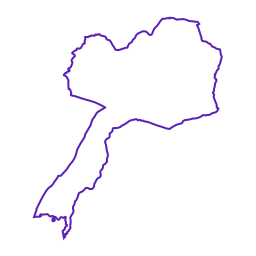 outline of Chivatá, Boyacá, Colombia, rotated 181°
{"feature_id": "7082276B72366635379650", "entity_name": "Chivatá", "entity_type": "district", "adm_level": 2, "iso_a3": "COL", "parent_name": "Colombia", "parent_adm1": "Boyacá", "projection": "albers", "projection_center": [-73.258, 5.58], "detail": "fine", "context": "isolated", "style": "outline", "palette": "violet", "viewbox_px": 256, "rotation_deg": 181, "n_neighbors": 0, "source": "geoboundaries", "source_scale": "gbopen_adm2", "svg_char_len": 5869}
<svg xmlns="http://www.w3.org/2000/svg" viewBox="0 0 256 256"><g transform="rotate(181 128 128)"><path d="M220.4,37.3L219.6,37.4L218.0,37.8L215.3,37.7L214.1,37.9L213.5,38.5L213.8,39.0L214.3,39.3L214.2,39.9L214.0,40.1L213.1,40.1L211.7,39.9L209.7,40.1L208.4,40.4L206.9,40.4L205.4,38.9L204.2,38.3L203.5,38.3L201.9,38.8L201.2,38.5L200.8,37.8L200.9,37.3L201.1,36.8L201.6,36.2L201.9,35.4L202.0,34.3L201.8,33.9L201.5,33.5L201.1,33.4L199.9,34.0L199.5,34.5L199.7,35.2L200.1,36.0L200.0,36.9L200.2,37.7L199.8,37.8L198.7,37.6L197.0,35.6L195.7,35.0L195.0,35.6L194.1,37.2L193.7,37.6L193.2,37.7L192.2,37.6L191.5,37.0L191.2,37.0L190.5,37.3L190.0,37.7L188.9,38.0L188.7,37.8L188.6,37.4L189.1,35.8L189.2,34.7L188.3,32.6L188.6,30.9L188.4,30.7L187.7,30.4L187.4,30.1L187.4,29.1L188.3,28.4L189.3,27.3L189.6,25.4L189.9,25.1L190.7,24.9L191.5,23.7L191.3,23.0L191.4,22.4L190.8,21.0L190.9,20.3L190.4,18.2L190.2,17.0L189.8,17.5L189.4,17.7L189.1,18.0L188.9,18.8L188.9,19.4L189.4,20.2L189.4,20.5L189.0,20.7L188.3,20.7L188.3,21.3L188.1,21.4L187.4,21.2L186.9,21.5L186.8,21.8L187.0,22.7L186.9,23.0L185.6,24.0L184.7,25.8L184.0,26.4L183.8,27.8L184.1,29.1L183.6,32.8L184.1,37.2L184.0,37.8L182.7,40.2L181.7,41.8L181.1,43.7L181.0,44.2L181.1,45.2L181.5,45.7L181.6,46.3L181.6,47.8L181.5,48.5L180.9,49.4L179.9,51.7L179.9,53.3L179.7,53.8L178.9,54.4L178.3,55.2L177.9,56.5L177.2,57.5L176.9,59.3L176.5,59.9L176.5,60.7L175.7,62.3L174.4,62.8L173.8,63.3L173.0,63.5L172.4,63.8L169.2,67.1L168.7,67.4L167.5,67.4L166.5,67.1L165.4,66.3L163.1,66.4L162.6,66.7L161.9,67.2L160.9,68.8L160.8,70.6L160.5,72.1L160.0,72.6L158.5,75.8L157.9,76.6L157.1,77.4L155.2,78.3L154.6,79.3L154.4,80.8L154.5,81.5L154.9,82.4L154.9,83.9L154.7,84.6L154.4,85.2L153.6,85.8L152.8,86.9L152.5,87.6L152.3,90.0L151.6,90.9L150.2,91.7L149.2,93.0L148.6,93.6L148.4,94.3L148.6,96.9L148.0,98.1L147.6,100.6L147.9,102.4L148.5,103.7L148.5,104.6L148.9,105.8L149.2,106.3L149.1,107.8L149.3,109.0L149.7,110.1L149.9,111.5L150.5,112.7L150.7,114.2L149.9,115.8L149.4,116.2L149.0,116.8L148.8,117.0L148.0,117.1L147.6,117.4L146.7,118.1L146.3,118.6L146.1,119.9L146.3,121.8L146.1,122.3L144.6,123.4L143.6,124.5L143.5,125.0L143.4,126.0L143.2,126.4L143.2,127.1L143.0,127.4L142.1,127.8L140.8,127.6L138.1,128.0L135.7,128.8L135.6,129.1L134.2,130.3L131.8,131.4L130.7,132.1L130.1,132.7L129.0,133.3L128.2,133.9L127.9,134.3L126.1,135.4L123.4,136.3L121.6,136.5L120.6,137.0L119.9,137.0L119.2,136.8L118.6,136.0L118.1,135.8L116.6,136.4L115.4,136.1L115.1,135.9L115.0,135.6L114.7,135.5L114.2,135.4L113.2,135.7L111.0,134.7L110.1,134.7L108.3,134.4L98.4,130.9L93.3,129.5L90.8,128.6L88.8,128.1L86.5,127.8L86.1,128.1L85.5,128.2L84.7,129.2L79.8,132.0L74.6,133.6L73.7,134.4L73.1,135.8L71.5,136.8L66.8,137.6L62.8,138.7L60.9,138.7L58.9,139.2L57.7,139.6L55.6,140.5L53.2,142.2L51.1,142.0L46.8,142.6L46.1,142.9L45.2,143.5L43.7,144.4L40.7,145.2L40.2,145.5L38.9,146.8L38.3,148.0L38.1,148.3L38.0,149.1L38.2,149.3L38.7,149.1L38.9,149.2L39.0,149.6L39.6,150.1L39.8,153.1L40.9,155.3L41.2,156.3L42.4,159.0L42.8,160.3L42.8,161.2L42.6,162.6L42.6,163.2L43.7,164.4L43.7,164.8L42.7,166.7L42.6,167.5L42.7,168.9L42.0,171.0L41.7,174.2L40.6,176.2L40.4,177.3L40.6,178.2L41.9,179.1L42.3,180.0L42.2,180.8L41.7,182.1L42.1,182.6L42.2,183.1L41.3,184.0L40.1,187.1L38.6,188.5L38.5,188.9L38.6,190.7L38.2,192.0L37.2,193.6L36.9,194.7L35.6,200.1L35.6,201.1L36.4,203.2L37.4,208.1L37.6,208.2L40.3,208.7L41.7,209.2L42.6,210.0L45.3,211.0L47.0,213.2L47.7,213.8L48.9,213.9L50.2,215.0L51.4,215.7L54.9,216.2L55.4,216.5L56.1,218.0L56.0,219.5L57.1,222.3L59.4,229.2L60.8,232.0L59.5,232.5L58.6,233.3L60.3,235.4L62.5,235.3L63.7,235.7L68.9,236.0L69.8,236.6L71.1,236.9L72.5,237.5L75.2,237.8L79.2,237.5L81.0,237.2L84.5,238.7L88.3,239.0L88.5,238.3L90.0,238.6L94.7,237.7L95.7,237.7L96.9,236.1L97.9,235.0L98.9,233.1L100.7,230.7L102.8,228.6L103.8,227.2L105.6,222.5L106.0,222.0L106.5,221.6L107.3,221.4L108.4,221.7L110.6,223.9L111.8,224.7L113.0,225.0L115.4,224.8L116.9,224.1L117.8,223.4L118.9,223.2L120.2,222.1L121.0,221.7L122.8,218.0L124.7,216.2L125.5,214.3L125.9,213.9L127.9,212.6L128.4,212.1L129.3,210.5L130.0,208.4L132.5,208.0L133.8,207.3L135.6,207.0L136.5,206.4L138.8,205.8L141.0,205.8L142.1,206.3L142.3,206.5L143.2,208.4L144.2,209.6L147.5,215.2L150.0,215.9L150.9,216.3L151.1,216.5L151.5,217.8L151.8,218.4L152.7,219.2L155.1,219.7L156.3,219.8L157.8,220.6L158.1,221.2L158.4,221.3L159.2,221.2L160.1,220.7L160.5,220.6L161.3,220.9L161.7,220.5L162.4,220.7L162.6,220.5L162.7,220.1L163.0,219.7L164.9,219.7L165.7,220.0L166.2,219.9L167.1,219.1L168.4,219.1L169.1,218.4L169.8,218.2L171.0,218.3L172.4,218.2L172.2,217.1L173.0,213.2L172.7,212.0L172.8,211.8L174.3,211.2L174.7,210.8L175.1,209.6L175.7,208.7L176.5,207.2L177.8,206.6L178.5,206.4L179.5,206.7L180.0,206.6L180.6,206.4L181.0,204.9L182.1,204.5L182.8,204.2L184.8,202.6L185.1,202.0L185.0,201.5L183.4,200.7L182.6,199.8L182.4,199.2L182.5,198.7L184.5,196.9L185.4,195.1L185.6,194.6L185.5,193.8L184.7,192.7L185.0,191.0L185.7,189.7L185.8,188.9L186.1,188.2L186.8,187.4L188.3,186.7L188.9,185.8L188.7,185.3L187.7,185.0L187.5,184.9L187.5,184.1L187.6,183.7L188.0,183.5L189.6,183.2L190.0,182.9L190.5,182.0L191.4,181.9L191.9,181.6L193.0,180.3L193.1,180.0L193.0,179.7L192.7,179.4L191.8,179.3L190.2,177.9L188.7,175.3L188.4,174.1L188.5,171.9L188.1,166.1L187.4,166.1L187.0,165.8L186.2,164.6L185.4,162.1L185.6,159.8L185.2,159.6L180.5,158.7L179.5,158.1L177.8,157.9L177.4,157.6L176.2,157.2L161.8,153.2L157.2,151.2L153.8,149.6L151.3,148.2L151.9,147.5L152.5,147.4L154.7,145.9L158.5,143.5L159.3,142.7L160.4,141.1L161.2,139.4L163.6,135.9L164.3,134.1L165.6,129.9L170.7,120.9L171.1,118.6L171.4,117.9L175.4,111.4L176.0,110.1L178.5,105.4L179.3,101.5L180.8,97.1L182.9,93.6L186.1,89.6L188.3,85.9L193.7,79.7L194.5,79.0L195.7,79.0L197.0,78.8L197.8,77.0L199.8,74.0L200.4,73.4L201.6,71.3L203.4,68.8L205.5,67.4L207.1,65.8L208.9,63.4L212.6,56.9L218.0,45.7L218.1,44.0L218.9,42.1L220.4,37.3Z" fill="none" stroke="#5b21b6" stroke-width="2"/></g></svg>